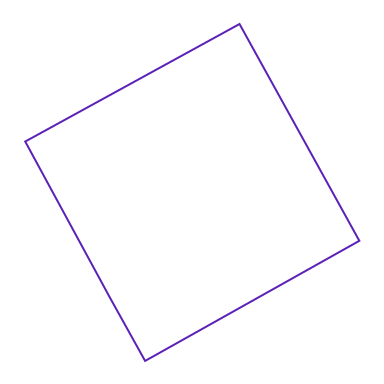 outline of Stonewall, Texas, United States of America, rotated 61°
{"feature_id": "52423323B46618187662485", "entity_name": "Stonewall", "entity_type": "district", "adm_level": 2, "iso_a3": "USA", "parent_name": "United States of America", "parent_adm1": "Texas", "projection": "robinson", "projection_center": [-100.217, 33.179], "detail": "fine", "context": "isolated", "style": "outline", "palette": "violet", "viewbox_px": 384, "rotation_deg": 61, "n_neighbors": 0, "source": "geoboundaries", "source_scale": "gbopen_adm2", "svg_char_len": 233}
<svg xmlns="http://www.w3.org/2000/svg" viewBox="0 0 384 384"><g transform="rotate(61 192 192)"><path d="M243.8,315.0L317.0,314.9L315.8,69.3L68.1,69.0L67.0,313.4L243.8,315.0Z" fill="none" stroke="#5b21b6" stroke-width="2"/></g></svg>